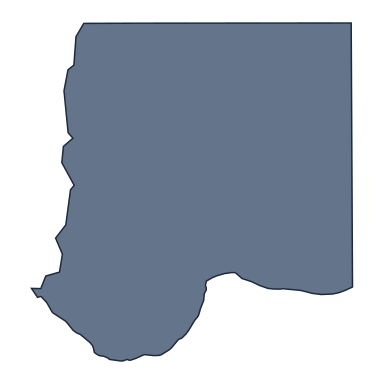 the district of Bon Homme, South Dakota, United States of America
{"feature_id": "52423323B58231594942255", "entity_name": "Bon Homme", "entity_type": "district", "adm_level": 2, "iso_a3": "USA", "parent_name": "United States of America", "parent_adm1": "South Dakota", "projection": "mercator", "projection_center": [-97.963, 42.966], "detail": "fine", "context": "isolated", "style": "filled", "palette": "slate", "viewbox_px": 384, "rotation_deg": 0, "n_neighbors": 0, "source": "geoboundaries", "source_scale": "gbopen_adm2", "svg_char_len": 1168}
<svg xmlns="http://www.w3.org/2000/svg" viewBox="0 0 384 384"><path d="M83.8,23.4L76.0,36.6L73.9,65.1L68.0,69.8L64.0,90.8L68.1,132.7L72.9,138.2L63.4,146.4L61.8,162.6L74.2,185.3L70.5,189.8L65.8,224.9L55.6,238.1L62.4,254.1L59.5,272.1L45.8,276.0L40.8,288.6L31.5,288.4L37.5,297.3L40.6,296.5L41.3,296.7L46.8,302.6L52.2,312.1L53.1,313.0L65.2,320.9L67.0,322.7L73.1,330.3L77.2,333.2L80.3,334.4L89.7,342.3L92.4,345.4L93.4,348.0L94.3,352.3L96.2,353.9L99.3,355.6L103.5,356.2L105.1,356.8L108.1,358.1L109.4,359.4L120.2,360.9L122.7,361.0L127.2,359.4L129.1,360.2L130.5,360.2L135.2,358.6L144.3,354.6L153.8,355.6L159.0,355.4L161.0,354.9L169.2,349.8L171.5,347.8L178.5,339.4L181.8,338.1L186.0,333.9L188.5,330.6L194.9,320.0L197.4,317.2L198.5,315.4L200.7,308.0L203.7,300.4L204.3,293.5L206.2,290.1L206.3,288.0L205.6,286.0L205.5,284.6L206.5,281.0L212.4,277.6L217.1,275.7L224.8,273.5L231.5,272.6L235.0,272.6L236.6,273.7L242.0,278.5L249.4,280.9L251.5,281.6L259.4,285.4L267.9,288.4L273.8,289.0L280.4,289.1L282.5,288.7L300.7,290.4L312.5,293.4L321.4,294.5L332.5,294.0L338.8,292.7L345.6,290.2L352.5,287.0L351.2,23.0L136.1,23.2L83.8,23.4Z" fill="#64748b" stroke="#1e293b" stroke-width="1.5"/></svg>